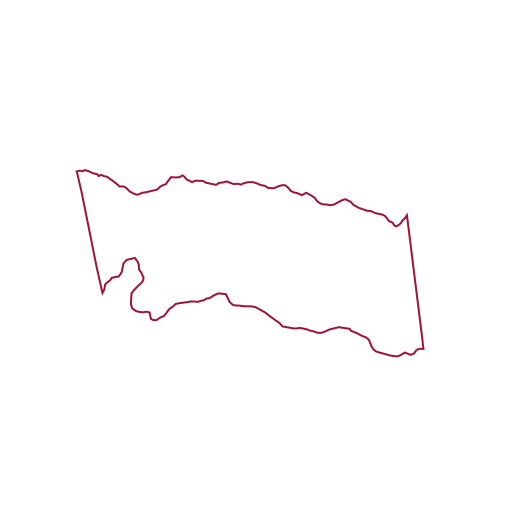 outline of Fortuna, Maranhão, Brazil, rotated 235°
{"feature_id": "56859067B73470842348249", "entity_name": "Fortuna", "entity_type": "district", "adm_level": 2, "iso_a3": "BRA", "parent_name": "Brazil", "parent_adm1": "Maranhão", "projection": "albers", "projection_center": [-44.009, -5.664], "detail": "fine", "context": "isolated", "style": "outline", "palette": "rose", "viewbox_px": 512, "rotation_deg": 235, "n_neighbors": 0, "source": "geoboundaries", "source_scale": "gbopen_adm2", "svg_char_len": 2628}
<svg xmlns="http://www.w3.org/2000/svg" viewBox="0 0 512 512"><g transform="rotate(235 256 256)"><path d="M428.1,157.7L408.9,150.0L381.0,137.8L338.8,119.3L313.8,109.0L315.5,112.4L319.2,116.1L319.7,118.9L319.7,122.2L320.8,125.1L319.5,128.8L318.0,131.5L318.9,134.7L320.0,136.9L326.0,143.3L327.0,147.6L325.6,151.5L323.8,155.7L318.6,155.7L315.7,154.8L312.1,152.5L307.6,152.4L302.7,151.4L300.8,149.7L299.7,146.6L299.3,142.9L298.1,136.7L296.9,132.7L288.6,126.1L284.4,124.6L279.9,126.0L277.8,127.7L274.8,130.9L273.0,134.6L270.8,136.4L264.8,133.9L262.6,134.9L260.6,137.6L260.5,142.5L259.6,146.0L260.5,149.1L262.3,154.5L262.3,159.4L262.8,162.7L261.2,166.4L257.5,173.5L256.0,176.8L253.9,179.6L251.7,182.2L251.0,185.0L249.7,187.6L249.6,190.9L248.1,193.8L247.9,199.2L246.9,203.9L241.9,209.5L233.7,208.0L229.4,208.9L227.5,210.5L224.7,214.2L222.5,216.4L216.9,223.9L214.2,226.3L211.1,227.9L204.3,231.2L200.6,232.2L191.8,235.2L187.7,236.8L183.1,237.3L174.9,245.5L173.3,247.9L172.1,250.4L169.7,252.9L167.3,255.2L164.5,257.0L161.5,259.7L157.8,262.4L155.5,265.6L154.3,270.2L153.9,273.3L150.2,283.0L147.0,286.3L142.7,290.9L140.3,290.9L134.0,294.9L131.5,296.1L129.1,297.4L127.0,299.0L124.0,300.2L121.1,300.1L115.6,298.8L112.5,298.6L109.1,299.5L107.1,301.0L96.7,309.6L92.7,314.1L92.0,316.7L91.5,322.6L86.3,326.0L85.5,329.4L86.8,333.3L86.5,336.2L83.9,339.9L94.4,345.6L202.8,403.0L201.3,399.2L201.2,396.4L199.9,393.7L199.5,390.4L200.0,387.5L202.3,386.8L205.0,387.0L208.4,385.0L214.6,384.7L217.4,383.3L220.1,380.8L222.8,378.2L225.1,376.9L227.3,375.5L229.1,373.1L231.9,371.1L236.6,367.7L242.6,364.9L245.8,364.8L248.0,363.5L251.2,361.9L252.4,358.3L253.0,353.2L253.5,349.2L255.1,345.7L257.1,344.1L259.9,340.4L262.4,338.8L265.8,337.5L269.7,337.5L273.0,336.4L279.0,333.4L279.6,328.3L284.0,325.8L286.5,323.4L289.2,321.9L293.2,321.6L296.9,320.6L298.6,318.9L300.1,314.9L301.3,309.4L304.8,305.0L308.1,303.7L310.0,302.0L311.6,300.3L313.8,299.2L316.7,297.1L318.7,295.2L321.0,292.0L322.7,287.4L323.1,284.7L325.7,282.4L327.7,279.0L331.2,276.5L333.9,274.7L335.2,271.0L337.1,267.7L337.2,264.1L339.5,261.9L342.1,259.5L344.8,257.0L347.8,255.7L350.9,251.7L352.5,249.5L353.2,246.0L358.7,243.0L361.7,242.9L364.1,242.1L364.5,238.6L366.4,235.2L369.3,231.7L367.5,225.8L366.5,223.3L367.4,220.7L367.7,216.8L367.1,213.3L368.0,210.6L369.2,207.9L370.9,203.4L373.2,198.6L373.6,195.8L374.7,193.4L376.8,191.9L381.1,189.6L386.3,188.7L389.3,187.1L391.0,184.2L396.2,182.9L400.1,181.7L403.8,180.2L406.5,179.4L408.4,177.4L411.5,175.5L411.6,173.1L414.1,172.8L417.4,169.8L421.7,167.4L424.7,164.9L424.9,162.5L427.0,160.6L428.1,157.7Z" fill="none" stroke="#9f1239" stroke-width="2"/></g></svg>